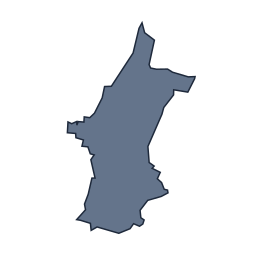 Putnam, Tennessee, United States of America, rotated 277°
{"feature_id": "52423323B64488882262112", "entity_name": "Putnam", "entity_type": "district", "adm_level": 2, "iso_a3": "USA", "parent_name": "United States of America", "parent_adm1": "Tennessee", "projection": "mercator", "projection_center": [-85.513, 36.141], "detail": "fine", "context": "isolated", "style": "filled", "palette": "slate", "viewbox_px": 256, "rotation_deg": 277, "n_neighbors": 0, "source": "geoboundaries", "source_scale": "gbopen_adm2", "svg_char_len": 952}
<svg xmlns="http://www.w3.org/2000/svg" viewBox="0 0 256 256"><g transform="rotate(277 128 128)"><path d="M22.4,131.7L28.3,142.3L33.7,145.2L31.9,151.4L34.5,154.4L38.7,155.2L40.5,151.7L47.8,150.0L58.6,156.4L64.1,169.3L68.5,175.6L71.2,174.8L71.6,171.4L77.9,168.0L81.2,163.3L87.9,165.4L90.9,156.9L93.4,158.6L96.3,153.2L112.1,150.0L145.8,160.0L152.7,161.0L166.4,169.2L171.5,168.7L170.9,183.0L185.0,188.1L187.2,188.3L186.1,181.6L188.8,165.4L191.3,160.1L189.8,149.1L190.3,143.1L193.5,141.2L218.4,143.5L224.6,132.9L234.1,129.1L228.3,126.8L203.0,123.9L167.4,106.4L166.3,99.7L154.7,98.7L138.6,92.9L133.6,88.8L133.7,83.2L128.5,83.5L128.3,77.8L124.6,76.9L128.2,76.3L125.4,71.6L126.7,67.7L115.9,68.4L116.2,76.7L112.0,77.5L110.7,85.2L104.3,84.5L104.4,90.5L97.8,93.7L97.2,97.7L92.0,95.0L74.3,101.4L73.9,98.3L57.5,96.6L47.2,94.1L41.7,95.8L30.8,88.2L30.6,92.2L28.8,102.3L21.9,103.9L26.0,109.4L22.4,131.7Z" fill="#64748b" stroke="#1e293b" stroke-width="1.5"/></g></svg>